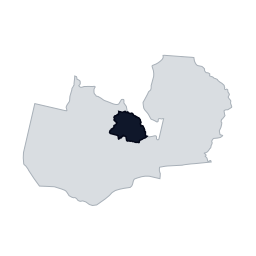 where Copperbelt sits in Zambia, rotated 13°
{"feature_id": "ZMB-517", "entity_name": "Copperbelt", "entity_type": "Province", "adm_level": 1, "iso_a3": "ZMB", "parent_name": "Zambia", "parent_adm1": "", "projection": "mercator", "projection_center": [27.632, -13.082], "detail": "fine", "context": "in_parent", "style": "filled", "palette": "ink", "viewbox_px": 256, "rotation_deg": 13, "n_neighbors": 0, "source": "natural_earth", "source_scale": "10m", "svg_char_len": 7155}
<svg xmlns="http://www.w3.org/2000/svg" viewBox="0 0 256 256"><g transform="rotate(13 128 128)"><path d="M170.5,170.2L159.5,170.2L155.5,171.1L152.2,172.4L148.3,174.6L146.0,176.1L145.4,176.9L145.1,178.7L145.1,181.5L144.7,183.6L143.5,185.4L137.6,187.7L133.7,189.5L129.8,191.7L127.0,194.5L125.0,198.0L121.7,202.3L114.8,210.0L110.8,211.5L107.5,211.2L103.5,209.5L100.3,209.2L97.9,210.2L95.7,209.9L93.7,208.3L92.0,207.7L90.7,208.2L88.9,208.1L85.8,207.2L83.0,204.4L81.5,203.3L80.4,202.9L77.1,202.4L69.5,201.8L61.7,203.2L54.8,204.5L47.8,198.4L41.0,191.9L39.6,190.3L37.1,188.1L35.2,187.1L34.5,186.5L32.7,180.8L31.7,175.5L31.7,125.2L62.4,125.2L64.4,125.0L64.5,124.4L63.1,121.8L63.1,120.8L63.5,119.0L64.9,115.4L64.9,114.2L64.3,110.3L64.4,108.1L64.7,103.6L64.5,102.1L65.2,100.2L65.5,98.8L65.8,98.3L65.4,96.8L64.8,91.5L64.4,89.3L66.3,89.6L66.9,90.7L67.3,91.9L68.1,92.0L70.3,92.7L71.0,93.6L71.5,95.7L71.2,96.8L70.5,97.7L71.2,98.5L72.7,99.0L73.6,98.8L76.0,97.4L78.3,96.9L79.5,96.5L84.5,95.5L85.5,95.0L86.3,95.0L86.8,95.4L86.3,96.9L86.2,98.3L86.8,100.8L87.3,101.9L88.3,102.8L89.1,103.2L89.9,104.1L91.7,104.0L95.6,105.2L96.8,105.8L98.4,106.4L99.6,106.6L103.6,107.1L107.8,107.8L110.0,107.9L111.6,107.7L112.7,107.3L113.3,106.9L113.6,106.6L115.2,101.8L116.0,101.4L117.1,101.2L117.7,101.6L118.4,104.6L121.5,107.3L122.5,109.6L123.3,111.6L123.9,112.1L125.1,112.8L127.0,113.0L128.6,113.1L136.9,116.4L137.8,117.0L138.8,118.8L139.4,120.8L140.0,122.4L141.1,122.7L142.1,122.8L143.0,123.9L143.7,124.9L146.2,128.8L146.5,130.4L147.7,131.4L149.3,131.9L150.8,131.9L151.6,131.5L153.8,130.6L155.4,129.7L156.6,129.4L157.3,129.6L157.8,130.2L158.2,132.2L159.4,132.9L160.2,132.6L160.6,131.8L160.6,131.4L160.6,110.9L159.8,111.0L158.9,111.6L156.7,111.7L155.8,112.1L155.6,112.8L155.7,113.6L155.8,114.8L155.5,115.3L154.5,115.6L153.1,115.1L150.6,114.5L148.5,114.2L147.0,112.6L145.0,110.3L143.7,109.1L140.4,106.7L139.9,106.2L138.9,105.1L138.1,103.2L137.3,101.0L136.9,99.6L137.6,97.4L139.5,90.3L139.9,88.1L141.5,85.9L141.6,83.9L141.0,81.3L141.1,79.9L141.4,71.9L140.9,69.3L139.9,66.5L137.6,62.6L137.6,61.7L141.1,59.2L142.2,58.2L144.1,56.1L145.3,54.4L146.1,53.0L146.4,51.1L145.8,49.4L147.0,49.0L176.3,44.5L176.8,45.7L177.6,47.7L178.7,49.2L179.9,50.5L181.0,51.2L181.7,51.5L186.2,51.4L187.8,52.2L189.3,53.2L189.6,54.7L190.5,55.7L191.5,56.4L192.0,56.5L192.7,56.3L193.9,56.3L195.1,56.7L195.6,57.0L195.6,58.3L196.0,58.9L197.5,59.1L199.1,59.2L200.6,60.1L202.2,60.2L204.1,60.6L205.0,61.5L207.0,62.5L209.4,63.3L212.1,64.8L212.2,65.2L212.6,66.0L213.1,66.7L213.1,67.5L213.4,68.4L214.0,68.6L214.6,68.6L215.1,68.0L215.9,68.0L216.6,68.4L216.9,69.4L217.5,70.7L218.5,71.5L219.2,72.4L219.0,73.9L218.6,75.3L219.9,76.7L221.7,78.0L222.1,78.6L222.3,80.6L222.6,81.2L223.7,82.9L224.3,84.0L224.3,84.6L221.1,87.8L219.1,88.3L218.2,89.0L217.7,89.7L219.0,92.9L219.7,94.1L219.1,95.6L217.8,98.2L217.3,98.5L217.2,100.4L217.5,101.2L218.2,101.7L218.4,103.1L218.4,106.4L217.6,110.2L219.0,113.5L219.5,113.8L221.5,113.9L221.9,114.1L221.4,115.1L220.0,116.5L217.4,117.7L213.8,118.9L213.0,120.1L212.5,121.9L212.9,122.9L213.4,123.5L213.3,125.0L212.9,126.6L213.1,127.9L212.9,129.0L212.4,129.5L211.8,131.2L211.0,132.9L210.4,133.7L209.4,134.5L208.0,135.2L208.0,135.5L209.7,136.3L210.1,136.8L210.2,137.2L209.5,138.1L210.3,138.6L211.2,139.0L212.1,140.2L213.1,142.3L213.3,142.5L213.6,142.5L214.1,142.3L215.1,141.4L215.9,141.1L216.7,142.4L201.4,147.6L197.8,148.7L192.5,150.6L190.7,151.3L189.3,152.0L175.1,156.1L172.8,156.9L167.8,159.0L167.6,159.3L167.7,160.3L168.1,162.3L169.0,164.1L169.7,165.1L170.2,167.8L170.5,170.2Z" fill="#d9dde1" stroke="#a8b0b8" stroke-width="1"/><path d="M124.2,112.4L124.3,112.5L125.0,113.2L125.5,113.4L126.2,113.4L127.0,113.4L127.5,113.3L127.8,113.0L128.0,112.8L128.2,112.7L128.6,112.7L128.9,112.8L129.9,113.4L130.1,113.7L130.2,114.1L130.3,114.5L130.7,114.6L130.9,114.5L131.2,114.5L132.4,114.7L132.6,114.7L132.6,114.9L132.7,115.0L133.1,115.5L133.4,115.4L133.6,115.2L134.0,115.1L134.3,115.2L134.6,115.5L134.9,115.7L135.3,115.7L135.6,115.6L136.0,115.6L136.3,115.7L136.6,115.9L137.9,117.1L138.2,117.4L138.5,118.3L138.7,118.7L139.2,119.2L139.4,119.6L139.4,120.0L139.2,120.3L138.9,120.5L138.9,121.1L139.2,121.6L139.6,122.0L139.9,122.4L139.9,123.2L140.1,123.4L140.3,123.4L140.6,123.3L140.8,123.1L141.0,122.6L142.0,122.6L142.6,123.3L143.8,124.8L144.0,125.0L144.3,125.8L144.6,126.0L144.6,126.3L144.6,126.5L144.6,126.8L144.8,126.9L145.0,127.5L145.5,127.6L145.9,127.9L146.4,130.4L146.6,131.1L147.1,131.6L147.4,131.9L147.6,131.9L147.9,131.9L148.2,131.8L148.5,131.8L148.4,132.0L147.8,132.7L146.7,134.0L145.9,134.3L145.3,134.7L145.2,134.8L144.9,135.1L144.6,135.6L142.1,137.5L142.1,139.6L141.8,139.8L140.5,139.8L139.9,139.9L139.6,140.1L139.4,140.1L139.2,140.2L138.1,140.3L137.8,140.2L137.1,140.0L136.9,140.0L136.4,140.0L136.1,140.1L135.7,140.2L135.4,140.2L134.4,139.9L134.2,139.9L133.9,139.9L133.7,140.0L133.4,140.2L133.4,140.3L132.7,140.4L131.8,140.4L131.6,140.4L131.4,140.5L130.8,140.5L130.7,140.6L130.3,140.7L130.3,140.8L130.2,140.8L129.9,140.7L129.5,140.4L129.3,140.1L129.2,139.8L128.0,137.0L127.8,136.8L127.5,136.7L126.1,136.6L125.9,136.5L125.7,136.4L125.4,136.2L125.0,136.1L124.7,136.4L124.7,136.6L124.8,136.8L124.8,137.1L124.7,137.1L124.4,137.1L124.2,137.3L124.3,137.4L124.3,137.5L124.2,137.9L123.6,138.6L123.6,138.8L123.6,139.0L123.4,139.0L123.3,138.9L123.2,138.8L123.1,138.5L122.9,138.5L122.7,138.6L122.5,138.9L122.5,139.1L122.6,139.5L122.5,139.9L122.1,140.3L121.6,140.6L121.3,140.8L121.2,140.6L121.0,140.4L120.9,140.0L120.8,139.8L120.8,139.7L120.7,139.2L120.4,138.8L120.3,138.7L120.2,138.2L120.2,137.9L120.2,137.7L118.8,137.5L112.0,137.3L111.5,136.9L111.2,136.7L111.0,136.3L111.0,136.1L111.1,135.0L111.1,134.7L111.2,134.4L111.3,134.3L111.4,134.2L111.7,133.9L111.8,133.9L111.9,133.7L112.0,132.8L112.1,132.7L112.4,132.5L112.7,132.4L112.8,132.3L112.9,132.2L113.0,132.1L113.2,131.7L113.3,131.6L113.7,131.4L113.8,131.3L113.9,131.1L114.0,130.8L114.1,130.7L114.2,130.4L114.1,130.1L113.9,129.6L113.8,129.3L113.8,129.0L113.9,128.9L113.9,128.7L114.0,128.6L114.2,128.4L115.1,127.8L115.2,127.7L115.4,127.6L115.5,127.4L115.5,127.2L116.0,125.2L115.9,125.1L115.7,125.1L115.3,125.1L115.2,125.1L115.0,124.9L114.9,124.8L114.8,124.7L114.7,124.6L114.6,124.4L114.4,124.3L114.2,124.3L113.8,124.2L113.3,123.9L113.2,123.8L113.1,123.7L112.9,123.6L112.7,123.5L112.6,123.4L112.5,123.2L112.7,122.8L112.8,122.5L112.9,122.4L112.9,122.2L112.6,121.6L112.4,121.5L112.3,121.4L112.2,121.2L112.0,120.9L111.9,120.8L111.9,120.6L112.0,120.5L112.1,120.3L112.2,119.6L112.3,119.5L112.3,119.4L112.5,119.2L112.8,118.9L113.2,118.9L113.3,118.9L113.5,118.8L113.6,118.7L113.9,118.4L114.0,118.1L114.6,117.4L114.8,117.3L114.9,117.2L115.6,117.1L115.7,116.9L115.6,116.7L115.4,116.3L115.4,116.2L115.4,115.9L115.4,115.7L115.5,115.5L115.6,115.3L115.6,114.8L115.6,114.7L115.4,114.1L115.3,113.9L115.5,113.9L115.8,114.0L116.3,114.0L116.8,113.9L117.0,113.9L119.0,114.1L119.5,113.7L119.8,113.6L120.1,113.4L120.3,113.1L120.5,113.0L120.6,112.9L120.8,112.8L121.1,112.6L121.3,112.5L121.5,112.4L121.7,112.5L121.9,112.7L122.2,112.8L122.1,113.1L122.6,113.2L122.8,113.3L123.1,113.0L123.4,113.0L123.4,112.9L124.1,112.4L124.2,112.4Z" fill="#0f172a" stroke="#020617" stroke-width="1.5"/></g></svg>